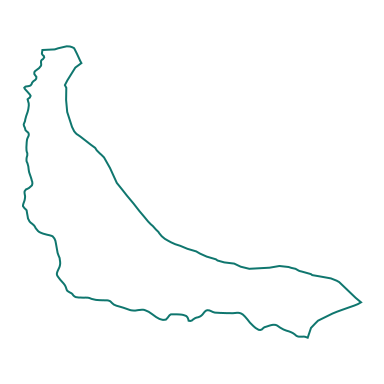 El Quetzal, San Marcos, Guatemala, rotated 90°
{"feature_id": "79465075B99595855877041", "entity_name": "El Quetzal", "entity_type": "district", "adm_level": 2, "iso_a3": "GTM", "parent_name": "Guatemala", "parent_adm1": "San Marcos", "projection": "natural_earth1", "projection_center": [-91.827, 14.794], "detail": "fine", "context": "isolated", "style": "outline", "palette": "teal", "viewbox_px": 384, "rotation_deg": 90, "n_neighbors": 0, "source": "geoboundaries", "source_scale": "gbopen_adm2", "svg_char_len": 4358}
<svg xmlns="http://www.w3.org/2000/svg" viewBox="0 0 384 384"><g transform="rotate(90 192 192)"><path d="M218.5,356.0L219.8,355.3L221.4,354.5L222.6,353.4L223.8,351.8L225.4,350.0L226.5,349.2L228.2,348.3L229.8,347.0L231.0,346.0L231.9,344.9L232.7,343.3L233.6,341.0L234.7,337.0L235.2,334.7L235.8,332.6L236.3,331.4L238.5,329.6L240.8,328.6L243.9,328.0L252.9,326.4L255.4,325.5L258.0,324.4L259.6,324.2L261.6,323.9L263.4,323.8L265.0,324.0L266.7,324.4L268.3,325.1L269.8,325.8L270.9,326.3L272.2,326.8L273.3,327.1L274.5,327.1L275.5,326.8L276.9,325.9L279.8,323.7L283.6,320.3L285.4,319.0L287.1,318.2L289.8,317.3L290.7,316.8L291.6,315.6L292.7,313.7L293.3,312.5L294.2,311.5L295.4,310.7L296.5,309.4L297.1,308.2L297.5,305.4L297.5,304.1L297.7,300.4L297.6,298.4L297.7,296.1L298.0,294.6L298.9,292.4L299.5,289.8L299.9,288.0L300.2,283.9L300.3,279.8L300.3,278.0L300.4,276.2L300.7,275.1L301.3,273.7L303.1,271.9L304.6,270.1L305.7,267.6L306.8,263.7L307.7,260.7L308.8,257.5L310.0,254.1L310.3,252.8L310.5,251.0L310.6,248.9L310.1,245.8L309.7,241.7L309.8,240.2L310.3,238.7L311.8,235.3L314.2,231.8L317.1,227.8L318.9,224.6L319.5,222.6L319.9,221.0L319.8,219.7L319.6,218.1L317.8,216.4L316.2,215.2L315.3,214.5L314.4,213.2L314.3,211.7L314.3,207.8L314.5,203.9L314.7,202.0L315.0,200.6L315.5,199.1L316.0,197.8L317.0,196.8L318.0,196.2L319.6,195.6L320.7,195.4L321.0,193.8L320.5,192.1L319.6,191.1L318.6,189.6L318.0,188.6L317.5,187.1L317.3,186.0L316.6,184.2L316.0,183.2L315.3,182.3L314.4,181.4L313.1,180.4L312.1,179.6L311.3,178.8L310.6,177.9L310.2,176.7L310.4,174.7L311.1,173.0L312.0,171.1L312.6,169.1L312.9,164.0L313.1,158.1L313.2,151.1L313.0,149.0L312.8,147.0L312.8,145.7L313.0,144.4L313.5,142.9L314.5,141.2L316.5,139.1L319.4,136.6L322.6,134.1L326.1,130.6L328.0,128.4L329.0,126.7L329.8,125.4L330.0,123.8L329.5,122.2L328.8,121.5L327.8,120.4L327.2,119.5L326.6,117.5L325.6,114.5L325.1,112.7L324.8,111.0L324.8,109.8L324.9,108.6L325.3,107.3L326.2,105.9L327.6,103.9L329.5,100.5L330.6,97.7L331.4,95.0L332.1,93.2L333.0,91.3L334.2,89.5L335.9,87.5L336.6,85.7L336.7,83.1L336.6,80.1L336.8,78.8L337.7,76.3L327.9,73.0L323.5,68.8L320.7,66.0L319.3,63.2L313.5,51.4L311.7,47.0L309.6,41.2L307.2,34.4L305.6,29.8L304.1,26.1L302.3,23.0L297.9,28.3L282.1,44.8L280.7,47.3L278.4,53.1L276.3,64.8L275.1,71.8L274.1,73.1L271.5,82.4L271.1,84.1L270.7,85.2L268.8,88.5L267.9,92.6L267.0,95.4L266.0,104.6L267.7,114.5L268.8,134.7L266.7,143.3L263.6,149.8L262.4,159.7L260.5,166.5L259.3,168.1L256.6,177.3L253.6,184.0L251.4,187.8L248.8,196.6L245.8,203.8L244.2,208.8L242.4,212.8L240.6,216.1L238.8,219.2L236.2,222.3L233.3,224.7L231.9,225.6L229.5,228.1L226.0,231.2L224.3,233.2L221.5,235.9L216.4,240.1L211.2,244.5L203.5,250.5L195.6,257.1L189.1,262.2L182.9,267.2L168.0,274.0L157.4,280.0L154.7,282.7L153.6,284.0L150.3,287.3L147.9,288.8L144.7,293.2L136.6,303.6L135.0,305.9L134.1,307.3L132.9,308.5L131.2,309.9L129.7,310.6L128.1,311.4L126.9,312.0L112.0,316.8L100.0,317.9L87.8,317.7L85.1,319.1L80.3,316.6L67.6,308.7L63.1,302.6L61.3,303.6L53.9,307.0L49.9,309.0L48.2,309.9L47.3,311.6L46.5,314.0L46.3,317.3L48.3,325.9L49.4,329.2L50.0,341.6L51.4,341.8L52.7,342.0L53.8,342.1L55.2,341.2L56.1,340.1L57.4,339.8L59.2,341.1L59.8,342.2L60.9,342.9L62.2,343.0L63.4,342.9L64.8,342.8L65.7,343.0L68.1,344.9L71.0,348.8L72.1,349.6L73.2,349.7L74.2,349.6L76.1,348.2L76.9,347.6L78.7,347.8L79.9,348.7L80.5,349.6L81.2,350.6L82.7,351.9L84.1,352.4L85.3,353.3L85.8,354.2L86.2,355.8L86.4,357.4L86.6,358.5L87.7,359.7L88.7,359.3L90.0,358.2L91.6,356.7L93.8,354.8L94.6,354.1L95.9,353.4L97.6,354.2L98.5,355.5L99.3,356.4L102.0,355.7L103.2,355.3L105.5,355.2L109.2,355.7L112.0,356.4L116.0,357.8L117.5,358.2L119.3,358.7L121.1,359.0L123.8,360.1L124.7,360.3L126.2,359.9L127.6,359.2L129.0,358.8L130.0,358.6L130.8,357.9L131.8,356.8L132.5,355.9L133.4,355.4L134.7,355.2L135.8,355.4L137.3,356.1L138.4,356.6L139.7,357.0L142.2,357.3L147.4,357.6L150.4,357.5L151.9,357.2L153.2,356.7L155.3,356.7L157.4,357.3L158.9,357.5L160.3,357.5L161.4,357.4L163.4,356.5L166.4,355.7L169.8,355.3L172.1,354.9L174.5,354.1L176.5,353.4L179.3,352.5L180.3,352.3L181.6,351.8L183.3,351.6L184.5,351.8L185.4,352.1L186.4,353.2L187.9,354.9L188.8,356.5L189.4,358.0L191.3,359.4L192.7,359.5L194.7,359.2L195.7,359.0L196.8,358.9L198.6,359.1L200.2,359.4L201.7,359.9L203.6,360.6L205.2,361.0L206.2,361.0L208.2,359.5L209.4,358.2L210.3,357.4L213.4,356.9L216.1,356.4L218.5,356.0Z" fill="none" stroke="#0f766e" stroke-width="2"/></g></svg>